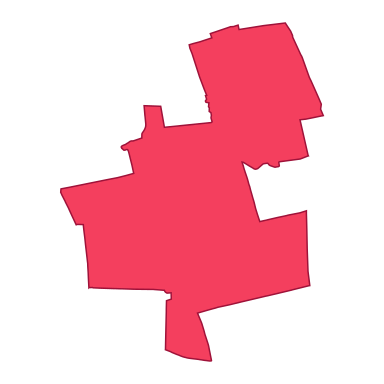 Corni, Galati, Romania
{"feature_id": "2599482B53256191678615", "entity_name": "Corni", "entity_type": "district", "adm_level": 2, "iso_a3": "ROU", "parent_name": "Romania", "parent_adm1": "Galati", "projection": "natural_earth1", "projection_center": [27.77, 45.857], "detail": "fine", "context": "isolated", "style": "filled", "palette": "rose", "viewbox_px": 384, "rotation_deg": 0, "n_neighbors": 0, "source": "geoboundaries", "source_scale": "gbopen_adm2", "svg_char_len": 3690}
<svg xmlns="http://www.w3.org/2000/svg" viewBox="0 0 384 384"><path d="M87.7,263.3L87.8,266.2L88.2,273.0L88.4,278.1L88.9,287.7L89.0,287.6L92.4,287.5L93.1,287.8L99.6,288.1L114.5,288.6L115.6,288.6L121.0,288.8L122.3,288.8L134.0,289.2L151.1,289.4L152.2,289.4L153.3,289.4L154.1,289.5L159.4,289.9L164.2,290.3L164.4,290.3L164.8,291.3L165.5,292.2L167.0,293.1L171.1,292.8L171.3,299.1L166.5,300.7L166.3,308.9L166.3,311.7L166.0,325.0L165.7,338.3L165.5,348.3L165.5,349.2L165.4,349.7L170.4,351.6L172.3,352.6L173.1,352.9L174.8,353.6L176.7,354.4L178.5,355.0L180.8,356.0L183.0,356.8L184.8,357.3L185.4,357.4L187.2,357.9L189.6,358.3L192.1,358.6L194.5,358.9L196.4,359.1L197.1,359.2L198.6,359.4L198.8,359.4L199.7,359.6L201.3,359.8L203.6,360.2L204.8,360.4L206.0,360.5L208.2,360.8L210.0,361.0L211.4,360.8L211.5,360.6L208.5,345.5L208.1,344.1L206.0,337.6L204.9,334.3L204.1,331.1L201.7,323.2L199.2,317.2L197.5,313.1L208.6,309.9L214.4,308.3L214.6,308.3L218.1,307.2L220.1,306.8L229.4,304.8L240.9,302.0L264.7,296.4L265.0,296.3L267.5,295.8L281.9,292.4L291.5,290.1L291.9,290.0L292.1,289.9L308.6,285.8L309.8,285.6L309.6,283.9L308.0,271.3L307.2,248.9L306.9,233.7L306.8,228.9L306.6,220.8L306.4,213.7L306.4,211.8L306.4,210.8L299.7,212.9L294.0,214.0L288.3,215.1L286.5,215.6L284.7,216.0L278.0,217.4L259.8,221.6L257.4,214.3L255.6,208.5L254.1,202.3L253.4,199.9L252.9,198.3L252.2,195.8L251.5,193.3L250.7,190.6L249.7,186.6L248.8,184.1L248.3,182.1L247.3,178.5L246.3,175.5L245.2,172.3L243.8,167.9L243.3,165.9L242.7,164.2L242.1,162.1L243.5,162.4L249.7,166.2L252.5,167.8L254.0,168.8L254.9,169.1L255.8,169.2L257.7,168.6L262.9,164.1L263.4,163.8L264.5,163.6L267.3,163.2L267.9,163.4L269.2,165.0L270.2,165.6L271.6,166.1L274.5,167.1L275.2,167.2L276.1,167.0L278.5,166.6L279.2,166.1L279.3,165.6L278.8,162.5L278.9,162.1L279.3,161.8L284.4,161.1L300.2,159.0L301.5,158.5L301.8,158.4L307.4,156.2L308.4,155.9L308.1,155.4L300.0,119.8L305.1,119.2L305.4,119.2L305.6,119.2L306.0,119.1L312.5,117.8L319.7,116.3L321.7,115.9L322.5,115.8L323.3,115.6L320.6,109.2L321.3,104.2L318.7,98.1L311.1,81.0L310.3,79.4L309.3,77.3L306.9,70.6L302.3,57.7L301.6,56.1L300.7,54.6L297.9,48.5L292.7,37.2L292.5,35.4L291.0,32.0L290.8,31.4L287.3,26.1L285.3,23.0L277.9,23.9L263.7,25.6L239.2,29.5L239.2,29.4L238.9,29.0L238.1,25.1L233.4,26.6L230.6,26.7L230.2,26.8L229.5,27.1L215.4,31.9L210.3,33.6L211.8,37.9L207.8,39.2L199.6,41.9L193.1,43.6L189.2,44.8L189.9,48.2L192.1,53.7L199.4,76.4L199.6,77.0L204.4,89.7L206.7,95.3L205.5,95.6L206.6,99.2L205.4,101.0L206.0,102.3L208.9,102.8L208.5,106.8L209.3,107.7L209.2,111.5L210.9,112.6L211.4,115.2L211.0,117.9L212.1,121.8L211.1,122.6L169.4,126.8L164.4,127.3L160.7,106.3L144.1,105.7L144.9,115.2L145.1,116.9L145.8,124.2L145.7,126.3L145.3,127.7L144.7,129.2L144.0,130.5L142.1,133.3L141.9,134.2L141.8,138.1L141.3,138.2L134.5,140.5L132.9,141.0L132.1,140.9L131.0,141.0L129.9,141.5L128.1,142.8L127.6,143.1L127.2,143.3L126.2,143.9L125.8,144.3L125.2,144.6L124.8,144.7L124.0,145.0L123.5,145.2L122.2,145.8L121.7,146.2L121.2,146.9L121.2,147.0L121.3,147.3L121.9,148.2L122.1,148.4L122.0,148.5L122.4,148.8L122.6,149.0L122.9,149.3L123.9,150.2L124.0,150.2L124.4,150.2L124.8,150.1L125.2,150.1L125.5,149.9L126.0,149.7L126.5,149.6L127.1,149.5L127.4,149.6L127.6,149.7L127.7,150.0L128.0,150.2L128.5,151.5L129.1,153.7L130.9,161.0L132.0,165.4L133.7,173.4L126.1,175.5L117.4,177.7L107.5,179.6L90.1,183.1L75.3,186.1L68.3,187.5L61.4,188.8L61.0,188.9L60.9,189.9L60.8,191.2L60.7,192.3L61.9,194.9L61.9,195.0L65.4,201.8L65.4,202.0L68.6,208.3L69.1,209.5L71.3,214.3L76.0,224.4L76.2,224.8L76.8,224.5L77.9,224.4L80.7,224.5L83.3,224.6L83.5,226.9L84.0,231.3L84.4,234.6L84.8,237.7L85.5,244.4L86.5,253.1L87.5,261.9L87.7,263.3Z" fill="#f43f5e" stroke="#9f1239" stroke-width="1.5"/></svg>